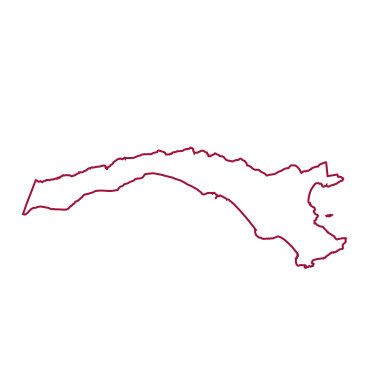 outline of Yarrabah, Queensland, Australia, rotated 102°
{"feature_id": "25037944B68165922230856", "entity_name": "Yarrabah", "entity_type": "district", "adm_level": 2, "iso_a3": "AUS", "parent_name": "Australia", "parent_adm1": "Queensland", "projection": "natural_earth1", "projection_center": [145.904, -17.017], "detail": "fine", "context": "isolated", "style": "outline", "palette": "rose", "viewbox_px": 384, "rotation_deg": 102, "n_neighbors": 0, "source": "geoboundaries", "source_scale": "gbopen_adm2", "svg_char_len": 5950}
<svg xmlns="http://www.w3.org/2000/svg" viewBox="0 0 384 384"><g transform="rotate(102 192 192)"><path d="M248.8,352.7L248.8,350.6L247.2,348.9L242.2,345.8L240.6,343.9L239.8,341.4L238.4,339.3L237.6,336.7L237.4,329.1L237.8,327.5L238.0,325.4L237.5,324.2L237.3,321.2L237.0,320.5L235.8,313.1L235.1,310.9L234.0,309.5L231.9,308.4L230.2,306.7L228.4,305.7L227.7,304.7L226.1,304.3L225.1,303.1L224.5,302.0L222.6,300.5L220.3,299.0L220.0,298.4L218.1,297.7L217.1,296.9L214.6,291.7L214.0,291.0L213.4,289.5L211.1,286.6L210.0,283.4L209.0,278.5L208.7,276.0L207.8,271.1L205.5,265.1L203.4,264.4L201.6,263.1L200.7,261.2L198.5,259.9L196.8,256.6L194.9,254.6L193.1,251.5L191.1,250.0L190.1,248.0L189.8,246.4L188.8,244.3L187.8,243.1L185.4,242.2L184.1,241.2L181.8,234.2L181.6,232.2L181.5,224.0L181.7,223.2L182.0,213.8L182.6,211.3L183.1,205.4L184.8,199.8L185.3,198.8L186.6,193.0L187.4,190.8L188.1,188.0L190.8,182.6L192.0,181.6L191.9,179.8L191.5,178.8L189.8,176.6L189.1,174.1L188.8,171.9L189.2,171.4L188.4,171.1L188.2,170.4L188.5,169.3L190.2,166.8L190.2,165.9L190.7,165.2L190.6,164.8L190.0,164.6L189.6,163.6L189.6,163.0L191.3,157.4L191.7,156.6L192.2,156.4L191.8,155.7L191.9,154.5L195.0,148.7L200.3,141.0L206.8,132.4L215.7,121.7L215.8,121.6L216.2,122.4L218.4,121.8L220.7,120.5L221.8,118.7L222.5,117.0L222.6,114.4L222.9,114.1L223.0,112.2L221.9,108.8L222.0,108.3L221.6,107.4L221.6,106.5L221.0,105.4L220.6,103.4L217.5,98.6L217.8,96.2L218.9,92.9L221.3,88.2L225.0,82.5L230.7,75.6L231.5,75.9L232.0,75.2L232.6,75.1L233.3,75.8L234.8,75.7L235.0,76.4L235.3,76.6L235.8,76.2L236.5,76.4L237.6,76.0L238.8,75.9L241.3,74.5L241.9,73.6L242.0,72.7L240.6,69.9L240.8,68.8L240.5,68.0L240.3,66.9L240.1,65.8L240.9,65.1L241.8,65.6L242.1,66.1L242.4,66.1L242.6,65.2L242.3,64.6L241.4,63.7L240.9,62.3L240.0,62.0L240.3,60.2L239.4,59.5L239.4,58.7L238.8,58.2L237.0,58.1L236.7,58.6L237.0,59.4L236.4,60.0L234.9,60.0L233.8,59.5L232.7,57.9L231.3,54.9L229.7,50.5L229.7,49.5L229.0,49.2L228.9,48.5L228.1,47.9L227.6,47.8L227.2,47.1L226.6,46.9L225.5,45.7L224.7,45.2L224.3,44.6L223.3,44.1L222.9,43.3L222.4,43.2L221.9,42.3L222.0,40.9L221.4,40.8L221.2,39.7L220.7,38.9L217.5,35.7L216.5,33.2L215.9,32.7L215.1,32.8L213.0,33.6L211.3,33.1L210.2,32.1L208.5,31.3L206.9,31.9L205.4,31.8L205.2,32.6L205.6,33.4L206.0,35.4L207.5,38.9L208.2,40.1L208.2,41.1L206.5,43.2L205.9,43.4L205.9,44.1L205.3,45.1L204.9,46.6L204.3,47.7L204.1,49.0L203.8,49.4L203.6,50.4L203.3,50.5L203.2,50.9L202.9,50.9L202.5,51.8L201.6,52.7L200.5,54.7L199.0,56.5L198.9,56.8L198.9,60.4L198.1,63.0L197.3,63.9L197.2,65.2L196.9,65.3L197.2,65.7L196.9,65.9L196.2,65.8L194.7,66.2L193.1,64.7L191.7,65.0L190.1,63.9L189.0,63.8L188.3,64.6L188.1,66.5L186.4,68.5L185.8,68.9L184.9,68.8L184.3,68.2L183.7,68.0L182.1,68.8L181.6,69.6L181.6,70.7L181.1,71.6L180.8,72.6L180.4,72.7L180.2,73.1L179.9,74.2L179.7,74.3L179.0,73.9L178.3,74.1L178.2,75.3L177.9,75.9L176.2,76.4L172.2,76.7L167.4,76.4L164.3,75.8L162.0,74.8L161.6,74.8L157.9,72.9L157.0,70.2L157.5,69.0L157.1,68.5L157.1,67.6L157.7,66.5L158.9,66.0L159.6,64.8L158.1,62.3L157.4,61.9L157.9,61.8L158.3,61.2L158.4,59.5L157.1,58.0L156.0,56.0L155.8,55.2L155.1,54.6L153.9,52.4L151.6,50.3L150.5,48.9L149.7,47.9L149.6,47.3L148.1,46.9L147.2,47.0L147.2,47.8L146.5,48.9L146.3,49.8L146.3,50.7L146.8,52.1L145.5,53.2L144.7,53.4L148.3,62.7L135.2,66.9L135.3,67.9L138.2,72.3L139.9,73.7L140.8,73.8L141.7,76.5L142.9,78.2L142.9,78.5L143.8,79.6L144.8,80.1L144.7,80.4L145.1,80.6L146.4,81.9L147.0,82.6L147.4,83.9L148.2,85.0L148.3,86.6L149.4,88.1L150.6,88.9L150.2,89.6L148.9,90.4L146.8,92.4L145.4,94.5L144.6,96.5L145.1,99.8L145.5,100.8L146.4,101.5L148.3,102.3L150.0,106.2L152.7,109.1L154.0,111.2L157.3,114.9L159.1,119.8L160.4,122.3L158.9,124.6L157.9,128.4L157.5,129.5L156.5,131.1L156.8,133.5L157.2,134.4L156.8,136.7L156.2,138.1L155.3,139.3L154.5,141.8L154.6,143.5L152.2,145.0L150.6,147.1L150.4,148.9L149.3,150.8L149.3,151.8L149.9,152.5L150.7,152.9L151.4,154.3L151.6,155.5L152.6,157.2L153.5,158.2L153.8,159.3L153.5,161.3L153.9,163.0L153.4,165.4L151.1,168.4L150.8,170.3L151.1,171.0L151.0,172.3L150.8,173.0L150.2,173.7L150.2,174.7L149.4,177.4L149.6,177.8L150.3,178.1L151.0,178.9L151.3,179.5L151.9,180.0L152.2,180.9L153.1,181.3L153.6,183.2L153.2,183.6L152.0,183.7L151.6,184.9L150.3,185.6L150.4,186.4L149.5,189.1L149.4,190.7L149.6,191.3L150.9,192.8L151.1,193.4L152.3,194.6L152.6,196.0L153.1,197.4L153.7,197.7L152.1,198.5L151.4,199.4L149.6,199.8L149.1,200.9L149.2,202.0L148.9,202.8L150.4,203.8L150.9,205.7L151.3,205.9L151.4,206.9L152.1,208.1L153.7,209.8L155.0,213.8L155.1,214.9L155.8,215.6L156.8,217.4L157.0,218.5L157.5,219.2L158.5,219.6L158.7,220.4L159.3,220.6L159.4,221.6L160.0,222.1L160.8,225.4L159.3,226.3L158.8,227.6L158.3,233.2L158.8,234.0L160.2,234.4L161.8,237.9L163.5,239.8L164.6,245.0L164.9,245.4L164.8,246.2L165.9,249.1L167.0,250.1L167.8,252.1L170.7,256.1L171.3,257.8L171.3,258.7L172.1,261.4L172.4,263.7L173.4,264.1L172.8,264.5L172.5,265.0L174.4,266.8L174.6,267.6L174.0,268.5L174.5,270.1L174.8,270.2L174.9,270.7L175.8,271.9L179.5,275.2L180.5,275.3L181.7,276.1L182.8,277.4L183.7,277.5L185.1,279.2L187.2,280.1L186.5,281.4L185.8,281.8L185.3,281.5L184.9,281.7L184.4,282.8L184.4,283.9L185.4,286.0L186.4,287.8L187.3,290.8L188.8,294.0L188.7,295.0L189.6,296.5L190.3,296.6L190.3,297.8L190.6,298.3L191.7,299.2L192.3,299.4L193.7,301.1L193.9,301.7L195.2,302.9L195.7,303.7L196.2,306.5L196.7,306.3L197.3,306.8L198.3,308.4L199.4,309.6L199.8,309.7L201.7,313.2L201.0,315.6L201.4,316.4L201.6,318.4L202.6,320.9L202.3,321.6L203.6,322.6L204.1,323.5L205.0,323.8L205.1,324.4L205.3,324.3L206.0,325.0L205.9,326.3L206.4,326.7L207.0,326.6L207.4,328.5L208.2,329.5L209.4,333.1L209.9,333.6L210.5,336.9L211.6,337.7L212.5,339.8L213.6,340.5L212.9,342.6L213.5,343.2L213.9,344.4L213.0,346.0L213.3,347.0L213.1,347.3L239.2,351.5L248.8,352.7ZM187.5,53.4L187.1,52.2L186.5,51.8L186.1,50.8L185.6,50.4L185.5,51.9L186.2,52.8L186.5,54.4L187.4,55.6L187.8,55.0L187.4,54.1L187.5,53.4ZM191.8,167.0L192.6,167.5L192.8,167.4L192.4,167.0L191.8,167.0Z" fill="none" stroke="#9f1239" stroke-width="2"/></g></svg>